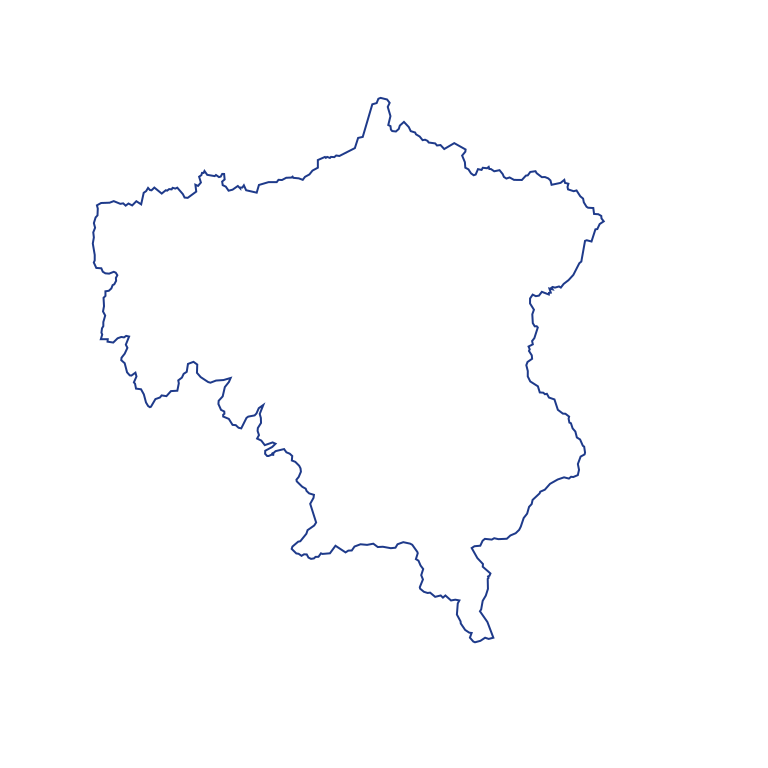 the district of Lucanas, Ayacucho, Peru, rotated 343°
{"feature_id": "86281439B5175485015663", "entity_name": "Lucanas", "entity_type": "district", "adm_level": 2, "iso_a3": "PER", "parent_name": "Peru", "parent_adm1": "Ayacucho", "projection": "natural_earth1", "projection_center": [-74.354, -14.75], "detail": "fine", "context": "isolated", "style": "outline", "palette": "blue", "viewbox_px": 768, "rotation_deg": 343, "n_neighbors": 0, "source": "geoboundaries", "source_scale": "gbopen_adm2", "svg_char_len": 6166}
<svg xmlns="http://www.w3.org/2000/svg" viewBox="0 0 768 768"><g transform="rotate(343 384 384)"><path d="M626.6,261.9L624.7,255.2L621.8,255.1L616.9,251.7L617.1,249.2L618.9,246.4L615.9,244.6L616.1,241.5L611.7,243.3L602.5,242.5L602.7,238.0L601.2,235.4L598.5,233.2L595.4,232.3L591.6,227.0L591.1,224.8L585.9,224.0L582.5,226.5L580.6,226.2L575.5,229.2L568.0,226.8L564.5,223.2L561.1,223.3L559.2,221.0L558.9,218.0L557.0,213.3L551.6,212.8L549.1,209.7L547.6,209.2L547.6,207.0L545.6,207.8L541.7,206.1L539.9,207.8L536.7,206.0L532.9,210.5L530.8,210.6L528.8,208.0L527.5,203.4L525.0,200.9L526.2,195.5L525.5,188.4L529.7,185.6L530.6,183.6L521.6,174.2L510.3,176.9L507.9,172.0L504.4,171.4L503.3,168.9L497.3,166.1L496.7,164.2L494.7,162.4L492.2,162.1L490.5,157.8L487.6,154.6L487.3,152.6L483.5,150.0L482.8,145.5L479.7,139.2L474.7,141.5L472.7,144.4L469.2,146.0L465.8,144.5L465.0,142.7L465.6,139.3L463.8,137.6L468.5,129.7L468.6,120.1L471.6,116.8L470.1,112.8L464.4,109.4L462.0,109.6L459.1,113.2L454.6,113.1L435.9,141.5L431.2,141.1L425.1,149.9L408.0,152.9L405.1,151.5L402.8,152.5L399.7,151.3L398.4,152.0L396.0,150.2L394.5,150.7L393.9,149.6L386.2,150.5L384.0,157.8L378.0,159.0L373.9,161.8L369.0,162.8L366.0,165.0L362.6,162.4L357.5,160.3L357.2,159.0L355.8,159.5L350.8,158.2L346.1,159.1L342.8,157.9L340.4,159.6L332.7,157.2L322.6,157.1L318.2,163.8L308.8,158.4L308.1,153.0L306.0,154.7L303.9,154.1L303.7,154.9L302.1,151.9L296.0,153.9L291.9,153.7L290.4,149.0L287.9,146.7L288.4,143.1L291.4,141.8L292.5,136.4L290.7,135.8L288.5,137.9L286.7,137.9L284.4,135.0L282.9,135.7L276.1,132.3L274.6,127.8L273.2,129.4L271.7,128.9L270.4,130.9L267.8,131.7L267.8,137.8L264.1,140.2L261.9,138.3L260.7,145.1L250.7,148.6L247.8,147.4L247.2,143.7L243.7,135.8L241.6,136.1L239.2,134.6L237.8,135.8L235.5,134.8L233.1,135.7L232.0,134.9L227.1,136.9L221.8,129.0L218.3,130.8L216.9,130.1L215.7,127.5L212.9,130.0L210.1,130.9L204.3,141.2L200.6,136.8L195.4,139.6L192.4,136.7L189.1,137.9L187.4,135.0L184.5,134.6L179.0,130.1L174.6,130.4L166.4,128.2L161.7,129.2L161.6,132.5L159.3,139.0L156.9,140.4L153.6,145.3L153.4,150.1L150.3,154.0L149.4,159.0L146.6,164.5L145.1,176.0L143.5,181.2L142.0,183.0L142.8,188.9L147.5,190.7L147.9,194.4L149.9,196.7L153.4,198.1L158.4,197.7L160.0,199.1L160.8,202.0L158.6,204.2L158.0,207.0L155.2,209.8L153.4,210.1L151.2,212.9L148.1,214.4L144.7,213.9L143.4,218.3L141.0,219.6L139.0,227.7L136.5,232.5L137.4,237.0L133.7,242.7L132.5,246.6L130.6,248.3L128.8,252.3L129.0,254.3L126.3,258.4L132.9,260.4L132.0,262.7L137.2,265.2L142.6,262.4L146.5,262.2L149.0,263.4L151.5,262.6L154.1,264.1L148.6,270.9L149.2,274.4L144.9,279.2L140.7,282.1L139.7,284.4L142.1,288.3L141.7,297.7L143.4,301.4L144.9,302.1L149.6,300.5L149.5,304.4L145.3,309.3L146.0,311.0L145.5,315.9L150.1,318.0L151.3,323.7L151.0,332.1L152.0,336.1L153.3,337.7L154.5,337.6L161.0,331.6L165.8,331.4L168.0,329.9L172.4,332.0L178.2,328.5L184.4,330.0L188.0,323.3L188.3,320.4L192.6,318.8L195.4,315.7L198.9,314.7L202.4,307.5L208.3,307.1L211.1,310.8L208.4,318.6L210.7,323.8L216.4,330.7L218.4,332.0L224.4,331.6L231.7,333.3L239.1,333.4L236.3,336.7L230.9,340.4L226.1,348.7L221.0,351.7L219.8,354.7L220.6,361.1L223.2,363.6L222.7,365.8L221.2,366.4L220.7,368.1L225.4,372.0L227.2,378.8L230.2,380.0L232.1,383.3L234.5,384.7L242.6,376.2L244.6,375.5L251.1,376.2L253.4,374.9L257.2,370.5L262.4,368.8L256.4,376.3L256.3,380.5L255.0,385.3L250.5,389.2L249.4,391.9L249.5,396.3L246.7,399.1L250.1,402.2L252.1,407.6L260.4,407.3L262.8,409.4L258.8,411.5L250.9,413.1L249.9,416.0L251.2,418.7L252.6,419.1L257.1,418.6L256.7,416.9L257.5,418.3L257.0,420.2L258.1,417.7L260.7,416.5L269.4,417.0L270.7,420.8L273.5,423.1L275.2,426.0L273.5,430.2L276.4,432.5L279.0,437.4L279.5,440.3L278.9,443.6L275.2,448.0L272.3,449.9L272.1,451.6L275.8,458.4L278.5,461.2L278.7,463.7L280.4,466.7L284.6,469.5L283.3,472.3L278.4,477.0L278.6,496.6L275.9,498.9L268.2,501.4L266.0,504.5L258.0,509.9L255.8,509.7L248.9,512.7L247.5,514.7L250.6,520.4L252.7,521.4L254.9,524.2L257.7,523.5L260.3,524.4L261.0,527.9L263.1,529.9L266.0,530.3L268.0,529.3L270.8,530.1L274.2,527.5L275.4,528.5L282.8,530.1L290.3,524.5L298.0,533.8L301.2,532.9L304.5,533.8L308.3,530.8L314.7,530.4L320.8,532.9L327.1,533.6L330.4,538.1L335.3,539.3L342.5,543.0L347.1,543.9L350.1,541.2L356.2,540.9L362.3,544.3L364.0,546.0L366.8,554.4L366.8,555.7L363.3,560.8L365.3,563.0L365.9,568.3L367.4,572.4L363.7,577.7L364.1,582.3L358.8,588.8L358.7,590.3L361.4,594.4L364.6,596.6L367.1,597.0L370.7,602.5L376.4,602.8L377.9,605.5L380.9,604.2L384.8,610.6L389.1,611.1L392.8,613.0L390.4,615.4L386.3,625.8L387.8,633.4L387.4,635.5L389.7,642.9L392.8,646.7L395.0,647.7L392.0,651.7L394.1,656.4L395.5,657.6L401.1,657.8L406.5,656.2L409.6,658.4L414.4,658.6L413.3,641.8L409.3,629.4L411.0,628.0L415.0,620.2L419.5,616.1L423.5,610.3L426.2,600.7L427.3,600.0L427.2,598.5L428.8,598.2L430.4,596.3L425.0,587.6L426.0,585.1L422.4,577.8L419.9,566.5L423.1,565.6L428.8,566.8L432.5,562.7L435.2,561.6L441.6,564.3L444.3,563.7L448.0,565.8L456.2,567.9L460.6,565.8L466.3,565.2L470.6,563.0L473.1,560.4L478.4,553.0L483.0,549.8L486.8,543.9L490.1,542.0L492.2,538.3L500.8,534.1L501.9,532.7L506.9,532.1L513.6,528.0L522.2,526.1L528.9,525.9L533.2,528.5L535.8,527.4L537.8,528.3L542.7,527.8L545.4,523.1L546.0,517.2L550.8,510.9L555.2,510.0L556.2,508.4L557.1,502.4L556.1,501.2L555.3,494.4L552.8,491.5L553.1,485.4L551.4,481.6L551.3,476.2L550.0,475.1L550.4,471.1L551.5,469.3L548.8,465.5L546.4,464.6L542.7,459.5L542.5,448.6L537.8,445.2L536.9,441.0L534.9,440.8L533.8,438.9L530.5,437.6L530.5,431.2L524.6,424.3L523.7,418.8L525.3,413.6L525.6,407.6L527.7,404.9L533.0,403.2L533.7,399.8L532.3,394.8L533.5,393.4L533.2,390.4L537.9,389.6L538.2,386.2L541.2,384.1L547.6,374.9L546.9,373.4L545.0,372.9L544.1,369.3L546.2,360.7L549.1,356.8L547.2,349.7L548.7,344.9L552.3,342.0L554.9,344.4L558.0,344.8L561.9,342.0L567.8,346.6L568.4,345.1L570.2,345.4L570.1,341.1L572.8,342.7L572.3,340.9L573.6,340.5L575.7,341.8L579.9,341.9L581.3,343.5L585.1,340.8L590.9,338.6L597.0,335.0L606.1,325.6L608.5,324.6L618.1,305.9L619.9,305.8L624.1,308.4L631.4,297.9L633.3,298.2L637.0,294.1L641.7,292.7L640.4,289.3L640.9,286.8L638.6,284.3L634.6,282.8L635.6,276.9L630.7,275.1L629.5,273.7L628.2,268.7L628.6,264.9L626.6,261.9Z" fill="none" stroke="#1e3a8a" stroke-width="2"/></g></svg>